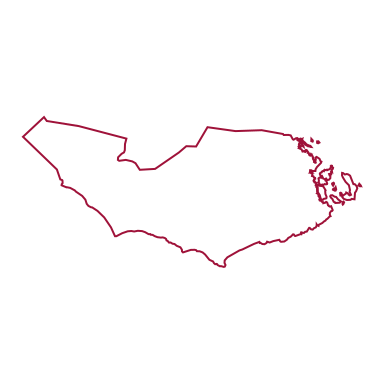 outline of East Guadalcanal, Guadalcanal, Solomon Islands
{"feature_id": "97153195B16319119687534", "entity_name": "East Guadalcanal", "entity_type": "district", "adm_level": 2, "iso_a3": "SLB", "parent_name": "Solomon Islands", "parent_adm1": "Guadalcanal", "projection": "robinson", "projection_center": [160.747, -9.822], "detail": "fine", "context": "isolated", "style": "outline", "palette": "rose", "viewbox_px": 384, "rotation_deg": 0, "n_neighbors": 0, "source": "geoboundaries", "source_scale": "gbopen_adm2", "svg_char_len": 6118}
<svg xmlns="http://www.w3.org/2000/svg" viewBox="0 0 384 384"><path d="M61.6,185.3L65.9,187.1L66.0,186.5L66.2,187.1L70.2,187.9L74.8,190.4L75.9,191.6L82.2,195.9L85.4,199.7L86.7,203.8L88.4,205.9L91.1,207.3L92.2,207.4L97.5,210.9L104.2,217.4L111.0,227.4L115.0,236.2L116.4,236.2L122.2,233.2L127.7,231.3L131.3,231.0L134.2,231.5L137.8,230.8L142.1,231.1L145.2,232.2L148.5,234.1L150.3,234.1L150.6,234.7L152.7,234.9L154.6,236.1L157.5,237.2L160.9,237.6L162.7,237.4L164.8,238.0L166.1,239.0L166.5,240.4L167.7,241.0L169.0,242.6L170.6,242.5L172.5,243.7L174.5,244.0L176.7,245.8L180.4,247.3L181.9,249.7L182.0,251.4L183.0,252.4L190.8,249.9L194.7,249.8L196.2,250.2L196.9,251.2L199.7,251.3L202.6,252.4L205.1,254.5L209.4,259.8L213.1,261.5L214.0,263.2L215.2,264.2L216.6,263.9L217.2,264.2L217.5,265.0L220.0,266.3L220.9,266.1L223.8,266.9L224.8,266.6L225.5,265.0L224.5,262.9L224.7,260.4L227.4,257.3L239.5,250.4L242.3,249.5L254.0,243.9L259.4,241.9L259.8,243.0L260.5,242.9L262.3,244.0L264.5,244.2L266.5,243.0L267.1,241.7L269.7,242.5L273.3,241.1L279.3,239.8L280.2,241.3L281.0,241.8L284.3,241.5L286.9,239.7L288.3,237.9L290.7,236.7L293.1,234.3L293.9,234.5L294.7,235.8L295.4,236.0L301.2,233.9L301.5,234.1L301.7,233.6L301.0,232.7L301.2,232.3L303.9,233.0L305.1,231.8L306.8,231.6L309.1,227.9L309.7,227.9L311.0,229.3L312.7,229.6L314.0,228.2L315.8,227.4L316.7,225.5L316.7,224.5L317.3,225.4L318.5,225.9L318.6,224.9L322.3,223.0L324.3,221.2L325.4,220.7L326.2,219.5L327.4,218.8L329.7,216.4L330.5,216.2L329.8,214.5L329.9,212.8L331.0,211.2L332.2,210.9L332.7,210.1L331.1,206.2L329.9,206.6L328.9,206.1L328.7,205.5L328.0,205.3L327.4,203.0L326.8,202.2L326.1,201.9L325.3,202.7L323.3,203.2L323.2,202.2L322.3,202.1L321.2,200.9L319.7,200.5L319.3,199.5L319.9,198.7L319.4,197.3L318.4,196.0L318.5,195.0L318.0,193.9L317.1,193.4L317.6,193.0L317.1,191.9L317.0,187.9L316.3,187.1L316.2,185.4L315.7,185.3L315.9,184.3L316.3,184.2L316.0,182.7L314.9,181.8L314.4,182.3L314.0,181.6L314.2,180.8L313.6,180.6L314.1,179.4L315.2,178.8L315.1,177.9L313.9,177.4L313.4,176.3L312.0,176.0L312.4,174.3L312.3,173.6L311.6,173.4L311.8,172.9L310.1,172.7L311.1,171.8L311.8,172.0L311.2,171.3L310.0,171.3L310.1,170.2L311.4,170.3L312.4,171.0L315.4,171.0L315.6,169.3L317.0,167.0L321.0,162.9L321.4,161.7L320.7,161.5L319.5,158.8L316.6,156.9L315.6,157.5L315.8,159.6L315.4,161.1L315.6,161.5L316.2,161.4L315.4,161.9L315.7,162.6L315.2,162.8L314.6,161.9L314.0,161.9L314.2,159.6L313.5,159.8L313.1,159.2L312.9,158.7L313.2,157.6L312.5,156.8L312.7,156.4L311.9,155.0L311.0,154.0L310.7,154.6L311.4,155.2L310.4,155.7L309.4,155.2L309.3,154.5L310.0,154.2L308.9,154.0L308.7,153.0L308.0,152.9L308.3,152.3L306.7,150.1L306.0,149.9L305.0,150.7L305.8,151.7L305.3,152.0L303.6,151.4L303.9,151.2L303.7,151.0L302.5,151.5L301.6,149.4L298.9,148.2L299.2,147.9L298.5,146.6L299.5,145.0L298.9,144.5L299.0,143.9L299.3,143.2L300.0,143.2L299.9,142.3L300.3,142.2L300.0,141.8L300.4,141.7L297.4,140.1L297.3,139.7L298.3,139.8L298.5,139.3L297.4,138.1L296.1,138.2L293.6,139.7L292.8,139.3L290.7,135.4L288.4,134.9L283.7,135.0L283.0,134.0L261.7,130.2L235.5,131.1L207.5,127.2L196.1,146.5L186.3,146.2L178.9,152.5L155.1,168.9L139.8,169.8L135.5,163.2L132.3,161.4L125.8,159.9L119.2,160.8L117.9,159.9L118.1,157.3L121.6,153.8L124.0,152.4L124.8,150.2L125.0,144.0L126.4,138.6L78.8,126.1L46.8,121.0L44.0,117.1L23.0,136.8L56.9,169.5L60.3,179.4L62.2,180.1L62.5,180.7L62.6,183.1L61.7,184.3L61.6,185.3ZM357.3,188.2L356.5,186.0L354.7,184.1L353.4,184.1L350.1,175.7L348.4,174.5L346.8,174.0L344.9,174.5L343.1,173.1L342.1,172.9L342.0,175.3L342.8,177.3L345.6,181.9L348.9,185.2L350.0,190.1L349.6,191.8L351.0,194.8L349.8,195.4L348.7,194.7L347.8,193.3L346.2,192.5L345.9,193.6L343.2,195.4L342.3,196.7L342.3,197.2L343.8,198.9L346.9,200.0L350.6,199.8L351.6,198.9L354.5,199.3L355.0,192.7L356.1,191.2L357.3,188.2ZM333.1,167.7L332.2,167.1L332.0,165.8L331.2,165.6L330.8,165.9L330.9,167.2L329.7,169.1L327.6,170.0L327.6,169.7L326.7,169.7L325.1,170.2L324.5,169.8L324.0,170.3L323.9,171.2L322.9,171.0L321.7,171.7L321.7,172.4L320.0,173.2L319.8,173.9L320.5,175.7L321.6,175.7L321.6,175.1L322.9,177.8L322.2,177.7L322.6,178.4L321.8,177.7L319.3,177.7L318.5,178.4L318.9,180.6L318.8,181.8L318.2,182.4L319.4,183.4L320.0,185.2L322.5,184.5L323.7,184.8L324.7,184.0L325.9,184.4L327.0,184.1L327.2,183.5L326.3,181.0L325.4,180.5L325.2,179.3L324.7,179.1L326.1,178.5L327.3,180.1L329.0,179.7L330.3,178.2L330.4,175.9L329.7,175.6L329.1,174.0L329.9,173.8L330.9,174.1L331.1,175.0L331.3,173.9L331.0,171.7L331.4,170.9L332.0,171.5L331.7,169.4L332.8,168.9L333.1,167.7ZM326.6,196.8L325.4,194.0L325.2,190.9L325.6,190.3L323.5,186.8L322.6,186.1L319.7,185.8L317.2,184.5L317.0,185.3L317.7,185.7L317.2,186.0L317.7,187.4L317.9,192.3L319.7,195.0L320.9,199.2L322.9,199.8L323.9,198.8L325.9,198.5L326.4,198.1L326.6,196.8ZM340.9,201.4L338.1,199.4L336.1,196.9L334.6,196.7L332.3,195.2L330.7,195.4L330.2,196.2L330.8,197.5L332.4,199.0L333.7,201.8L335.1,202.4L335.3,203.0L339.7,202.7L340.9,201.4ZM309.7,146.4L309.2,145.7L308.7,146.0L308.2,145.8L308.2,145.1L307.7,144.9L307.5,145.2L305.6,143.4L304.9,143.5L305.1,142.7L303.2,141.2L302.1,139.5L302.3,138.9L301.1,139.5L300.9,138.7L300.4,138.6L299.9,139.3L299.2,139.1L298.6,139.6L299.2,140.4L302.2,141.2L302.1,141.9L304.0,143.2L305.3,144.7L307.0,145.7L307.4,145.5L308.0,146.3L309.7,146.4ZM336.2,189.3L335.6,187.1L334.4,189.0L333.5,188.7L332.9,189.3L332.9,189.7L334.9,190.7L335.6,190.6L336.2,189.3ZM342.4,195.4L341.4,193.1L340.7,192.7L340.1,193.0L340.4,195.5L341.9,195.9L342.4,195.4ZM319.4,142.6L318.4,141.3L317.1,141.4L317.1,142.9L318.1,143.3L319.4,142.6ZM334.1,183.9L333.9,183.0L333.5,182.7L332.1,183.5L332.2,184.4L333.1,185.7L334.1,183.9ZM312.9,141.0L312.7,140.3L311.4,138.9L311.3,141.1L312.6,141.6L312.9,141.0ZM344.1,202.3L343.4,201.6L342.7,202.3L342.5,204.0L342.8,204.6L343.3,204.2L344.1,202.3ZM361.0,186.0L360.8,185.5L359.3,183.8L358.4,185.5L360.0,186.3L360.4,185.8L361.0,186.0ZM300.9,146.5L300.5,146.0L299.7,146.8L300.4,147.3L300.9,146.5ZM311.3,147.0L310.5,146.0L309.8,146.5L310.3,146.9L311.3,147.0ZM303.5,146.7L303.2,145.6L302.5,145.0L302.2,145.7L303.5,146.7ZM302.3,144.9L302.1,143.8L301.6,143.4L301.7,144.2L302.3,144.9Z" fill="none" stroke="#9f1239" stroke-width="2"/></svg>